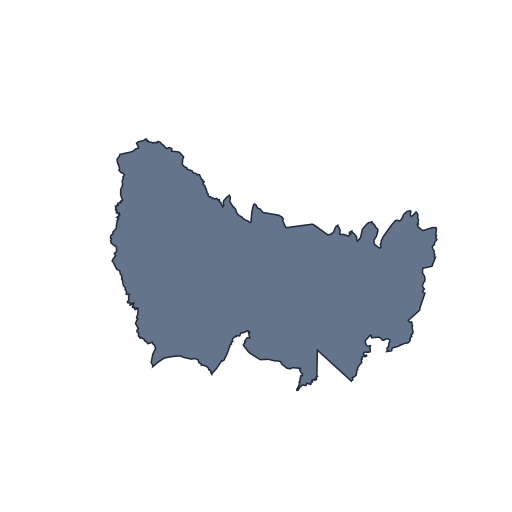 outline of Coscomatepec, Veracruz, Mexico, rotated 47°
{"feature_id": "50627088B83890237461836", "entity_name": "Coscomatepec", "entity_type": "district", "adm_level": 2, "iso_a3": "MEX", "parent_name": "Mexico", "parent_adm1": "Veracruz", "projection": "natural_earth1", "projection_center": [-97.095, 19.059], "detail": "fine", "context": "isolated", "style": "filled", "palette": "slate", "viewbox_px": 512, "rotation_deg": 47, "n_neighbors": 0, "source": "geoboundaries", "source_scale": "gbopen_adm2", "svg_char_len": 6152}
<svg xmlns="http://www.w3.org/2000/svg" viewBox="0 0 512 512"><g transform="rotate(47 256 256)"><path d="M332.9,108.9L333.3,114.1L332.9,115.6L330.5,114.7L329.2,112.4L328.1,112.2L326.4,115.3L326.3,119.4L328.3,124.3L328.5,126.3L328.0,127.3L325.9,128.5L325.2,129.8L325.8,135.9L328.6,149.7L330.2,153.8L331.7,155.6L332.4,157.4L334.9,158.6L334.5,160.3L329.1,161.3L327.6,161.1L324.9,159.1L323.7,154.5L320.7,149.6L319.2,148.6L317.3,148.9L313.4,148.0L312.8,148.3L309.9,147.9L309.5,149.4L308.5,150.7L308.2,152.8L309.0,160.1L313.8,166.9L314.3,171.8L312.9,171.4L310.7,169.4L306.8,169.0L304.1,169.5L303.1,168.8L302.4,171.4L302.9,172.2L304.4,171.6L304.4,174.8L300.6,176.8L297.2,179.8L294.5,176.9L292.2,176.0L290.1,175.8L289.3,175.2L289.1,177.2L289.4,178.8L291.2,182.4L291.4,183.8L291.0,186.3L289.8,189.0L273.6,192.2L271.1,193.1L255.7,214.8L248.3,212.4L247.4,210.6L246.0,210.9L245.7,210.4L241.7,211.5L228.7,221.4L224.8,220.9L221.9,222.1L218.6,221.2L216.9,221.6L216.9,223.0L220.7,228.6L226.5,235.3L227.6,235.6L227.7,236.1L227.2,238.0L225.2,237.8L222.8,239.1L219.4,240.0L217.9,239.7L214.4,240.9L212.7,240.8L211.1,240.6L207.7,239.0L203.3,239.0L198.3,238.0L195.7,234.8L193.4,234.0L193.1,237.6L193.5,241.8L194.7,243.6L197.0,245.2L197.3,246.9L196.4,246.2L194.7,246.4L193.1,245.2L190.4,245.8L190.1,245.7L190.3,244.6L189.9,244.4L189.0,245.5L187.2,245.3L186.1,247.6L183.9,248.0L183.4,248.7L181.4,248.9L180.2,250.0L178.9,249.6L178.0,248.6L176.0,248.8L175.2,247.8L173.6,247.2L173.1,246.6L172.3,246.7L169.5,245.4L168.0,245.8L167.2,245.4L166.4,243.4L164.9,244.1L164.4,243.1L162.3,243.4L158.1,241.9L157.5,242.2L156.8,243.4L154.7,243.7L152.6,245.1L150.1,244.7L146.0,247.0L143.9,246.4L143.0,247.2L138.9,247.6L135.1,243.4L134.3,241.4L128.9,241.2L127.2,241.6L121.8,246.2L120.0,244.3L118.0,245.1L117.3,245.9L116.7,248.1L115.4,248.0L114.6,248.5L112.5,248.0L110.2,248.6L108.1,248.4L105.4,249.4L105.2,250.5L105.7,251.0L103.3,253.4L102.9,254.5L102.0,254.6L99.8,256.4L97.9,256.5L97.9,257.3L95.9,256.3L95.1,257.0L94.9,259.6L92.2,264.2L91.9,266.4L97.0,268.0L95.6,271.1L95.7,273.1L94.8,276.2L88.8,286.4L89.9,287.9L90.5,291.6L93.0,293.5L98.9,295.9L99.8,297.8L103.2,297.8L104.0,297.0L107.0,296.9L107.6,299.8L108.7,300.3L110.3,303.2L112.6,304.6L114.7,308.2L114.9,309.4L118.9,313.3L124.2,315.6L123.7,317.0L124.2,317.2L123.8,318.2L124.7,318.6L123.7,319.7L123.4,321.5L124.8,322.3L123.9,323.2L124.3,323.8L123.7,324.9L126.4,326.5L126.2,327.0L127.4,327.3L127.8,326.7L129.1,328.7L129.5,328.5L129.7,327.5L131.0,328.1L132.1,327.9L131.6,327.0L133.0,327.4L132.9,331.0L133.7,330.0L134.2,331.3L134.7,331.0L135.6,332.0L135.1,332.8L136.3,334.6L140.7,339.8L140.8,344.1L142.4,345.8L142.0,347.4L142.2,348.3L143.6,350.2L145.3,350.3L145.5,351.8L147.6,353.1L152.2,352.5L152.8,351.9L154.9,352.5L157.9,355.3L157.4,357.6L157.7,358.0L160.0,358.5L160.9,363.5L161.7,364.7L162.8,364.6L170.5,366.9L174.1,365.8L176.7,367.6L178.5,367.5L179.7,368.6L180.3,368.5L181.0,369.9L181.7,369.7L187.2,373.2L190.2,373.2L191.2,374.6L194.1,375.1L195.1,376.8L195.8,377.0L197.7,374.6L199.0,377.1L201.6,379.3L201.8,381.4L202.8,381.7L204.6,379.9L205.9,381.6L206.6,380.1L206.3,378.2L206.7,377.5L207.4,377.7L208.6,380.7L209.4,381.4L211.0,379.7L211.7,380.8L212.6,381.1L213.4,379.6L212.8,378.4L214.0,377.8L218.1,382.5L219.6,385.4L220.3,385.7L221.6,385.4L222.0,387.8L223.3,390.2L229.0,391.6L229.1,393.8L230.5,394.8L231.9,394.2L234.5,396.6L235.5,396.1L236.0,396.7L237.3,396.6L237.6,395.5L240.0,394.9L240.4,394.4L241.8,395.3L243.9,394.7L246.4,394.9L248.5,390.6L250.1,391.4L251.4,390.9L255.1,392.4L257.4,398.4L262.4,405.3L266.0,406.3L266.5,407.0L267.0,399.4L267.9,393.7L268.7,391.6L273.0,385.0L277.3,379.7L281.1,377.8L287.3,373.7L289.2,370.7L292.4,369.2L295.1,370.5L297.3,369.7L298.6,370.5L299.2,369.5L302.4,367.8L305.1,367.2L307.1,368.1L308.7,367.5L309.9,367.9L310.5,368.7L312.4,369.0L311.9,368.2L311.4,361.6L309.2,352.6L309.9,352.4L310.4,350.5L307.6,343.4L304.2,336.8L303.7,336.7L303.3,335.6L303.7,334.1L302.5,333.6L302.6,331.2L301.5,330.9L300.4,329.0L300.9,326.1L301.5,325.5L300.9,324.8L303.3,322.4L301.9,319.6L303.6,317.4L305.0,312.9L307.4,312.7L306.8,313.7L311.7,316.4L310.1,317.6L309.8,318.9L310.6,322.3L311.2,322.2L312.6,326.1L320.7,326.9L323.3,326.7L334.7,323.6L340.0,317.4L345.5,313.8L347.0,312.0L349.8,310.2L350.3,310.0L352.1,310.9L359.3,309.9L362.1,307.6L362.3,305.7L368.4,300.2L369.0,301.8L370.3,301.8L371.2,302.6L373.9,302.5L374.9,303.4L375.0,304.4L374.1,304.6L374.1,305.0L375.7,307.3L376.1,307.2L378.0,310.8L378.5,310.5L379.4,311.9L380.2,313.4L381.3,317.1L382.2,317.7L382.9,316.8L381.9,313.2L382.0,310.1L384.8,307.8L383.8,305.4L387.3,303.6L386.0,301.6L386.6,300.5L385.0,299.7L385.7,298.2L386.8,298.2L385.9,297.7L386.4,296.7L387.2,297.2L387.7,296.1L385.5,294.6L386.2,293.2L384.4,292.5L366.7,275.3L412.6,271.6L412.4,269.5L410.6,268.5L411.3,266.9L411.5,263.9L410.6,263.2L410.2,262.0L408.6,261.0L408.4,259.1L407.1,257.9L406.3,254.9L406.0,251.3L403.4,249.5L403.8,248.7L402.2,247.3L403.0,245.4L404.1,244.9L404.5,243.1L403.7,242.9L403.2,244.6L400.3,244.0L400.4,242.0L402.9,239.6L403.9,237.8L402.3,236.1L400.7,235.2L399.6,233.5L398.1,235.9L397.1,236.1L395.1,235.7L392.4,233.8L391.9,226.4L392.6,226.5L392.8,226.0L394.7,227.2L398.9,221.8L401.2,220.8L403.8,221.0L404.8,220.0L405.2,217.8L406.0,216.6L408.1,215.2L409.2,215.7L410.9,219.0L412.4,220.4L412.8,223.3L414.6,224.1L415.0,225.6L417.6,221.9L417.7,221.3L416.3,219.3L416.5,218.5L418.7,214.3L421.0,207.5L423.2,204.0L423.2,201.7L422.3,200.1L421.2,199.6L421.0,197.5L421.2,197.1L419.4,196.2L419.7,194.6L418.9,193.1L414.7,190.6L413.7,188.9L412.4,188.8L411.3,187.4L410.0,187.3L409.5,188.9L407.0,188.6L407.2,173.2L405.7,171.4L398.4,157.8L397.7,158.3L395.5,158.5L395.0,155.3L393.5,155.4L391.2,154.6L389.7,151.5L389.5,149.9L388.4,148.4L386.1,146.7L382.0,145.8L379.7,143.6L378.8,142.2L383.5,134.3L379.3,125.5L378.6,126.1L378.0,126.0L376.7,124.1L375.7,124.1L373.5,122.1L371.0,121.9L369.4,120.6L369.1,119.4L369.5,117.8L368.0,116.6L367.4,112.5L365.0,111.9L364.0,109.8L362.7,109.9L359.4,105.6L358.0,105.0L355.4,107.8L351.4,116.4L349.4,117.1L344.9,117.5L342.9,116.4L343.4,115.3L342.2,114.9L340.4,112.6L338.0,111.5L336.6,109.8L334.9,109.0L332.9,108.9Z" fill="#64748b" stroke="#1e293b" stroke-width="1.5"/></g></svg>